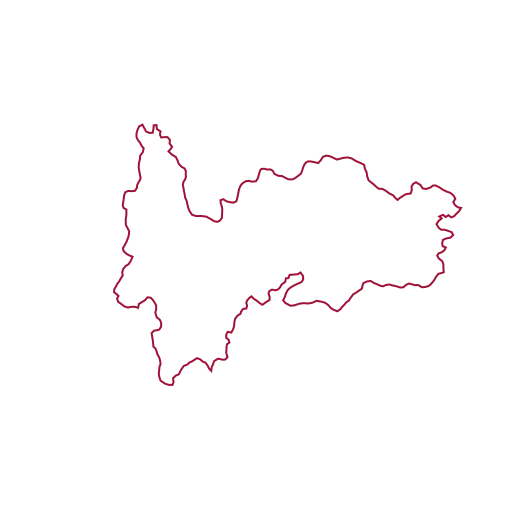 Monjolos, Minas Gerais, Brazil, rotated 122°
{"feature_id": "56859067B56933655704963", "entity_name": "Monjolos", "entity_type": "district", "adm_level": 2, "iso_a3": "BRA", "parent_name": "Brazil", "parent_adm1": "Minas Gerais", "projection": "robinson", "projection_center": [-44.02, -18.393], "detail": "fine", "context": "isolated", "style": "outline", "palette": "rose", "viewbox_px": 512, "rotation_deg": 122, "n_neighbors": 0, "source": "geoboundaries", "source_scale": "gbopen_adm2", "svg_char_len": 5176}
<svg xmlns="http://www.w3.org/2000/svg" viewBox="0 0 512 512"><g transform="rotate(122 256 256)"><path d="M101.8,117.3L100.0,120.7L99.5,124.7L100.3,128.3L100.8,132.6L100.6,136.7L101.0,141.1L102.5,143.3L105.4,144.3L108.9,147.1L110.4,150.5L108.6,154.2L108.7,159.4L111.7,161.0L114.7,160.9L117.6,158.8L121.1,157.9L123.0,160.5L124.9,162.1L128.1,163.6L131.0,165.0L133.4,165.6L133.0,168.4L131.9,171.7L132.3,176.2L131.9,180.6L132.1,184.4L133.9,187.5L133.5,191.2L132.9,194.0L132.6,197.1L132.1,200.7L129.7,203.7L126.3,206.7L124.3,209.9L121.4,212.6L121.7,216.3L122.5,221.6L122.6,227.0L123.8,230.4L126.2,233.6L128.8,236.1L131.3,238.4L131.9,243.7L132.4,246.7L133.6,249.5L136.4,251.8L140.5,251.8L144.2,252.5L145.5,256.2L146.5,259.0L147.9,261.7L149.9,263.1L152.7,263.4L155.4,263.1L158.8,262.2L162.2,261.5L166.2,262.9L169.4,264.2L171.8,265.8L173.8,269.2L174.2,273.4L174.4,276.3L176.1,279.4L176.6,283.8L174.8,287.0L175.0,289.9L176.6,292.0L177.6,295.1L179.3,297.6L181.8,297.8L184.2,297.0L186.8,296.3L189.1,295.6L192.7,295.7L195.0,298.6L195.9,301.6L197.8,304.1L200.8,305.7L203.2,306.3L205.7,306.3L208.8,305.6L211.9,304.4L214.6,303.4L217.0,302.5L220.1,301.7L222.6,303.3L223.9,306.0L225.2,309.7L225.2,313.9L227.5,315.7L229.9,313.9L232.4,310.9L234.6,309.1L237.7,307.4L241.8,305.1L245.4,305.4L247.5,306.9L248.6,309.6L248.7,314.3L248.9,318.9L251.0,323.5L253.9,328.0L254.9,332.2L253.1,336.2L251.2,338.8L248.9,341.2L246.2,343.8L244.0,347.0L241.4,349.3L239.1,351.5L236.8,353.5L234.4,355.8L231.5,356.8L228.8,356.7L226.0,357.3L223.7,359.1L221.2,360.4L219.6,363.0L219.8,366.5L218.9,370.2L216.6,373.1L214.5,376.5L214.6,381.1L213.6,385.7L210.7,385.1L207.8,385.1L206.4,388.9L203.2,390.5L202.1,394.0L203.7,396.6L205.7,399.2L203.9,401.9L200.9,403.0L200.8,407.4L197.7,409.8L199.4,412.0L202.6,410.3L206.2,408.9L208.1,411.6L208.7,415.1L206.8,418.5L204.8,421.9L207.9,423.8L211.9,423.3L215.4,422.3L218.4,420.4L220.3,417.6L221.4,414.3L223.2,411.4L224.2,408.3L228.1,407.0L232.3,407.4L235.4,405.7L239.1,404.6L242.8,402.6L245.1,400.7L247.7,398.3L250.7,395.4L253.1,394.6L255.8,394.7L258.7,394.4L261.3,393.1L264.9,393.2L267.1,396.1L268.5,398.8L271.1,400.6L274.7,399.9L278.0,398.3L281.0,397.0L283.4,396.0L285.4,393.9L285.3,390.5L287.8,389.0L290.6,387.3L293.2,386.3L296.2,384.5L298.8,382.6L300.2,380.1L302.2,376.7L305.0,375.2L307.6,374.3L310.2,373.8L313.0,373.3L316.6,373.1L319.9,373.0L322.0,370.9L322.8,366.8L322.6,363.4L322.0,360.3L325.1,359.8L328.1,359.6L330.7,359.8L333.7,361.3L337.4,361.7L340.8,360.8L343.2,358.6L346.3,358.8L349.9,358.6L353.4,358.9L356.0,358.6L359.3,358.6L362.0,357.1L362.1,354.2L362.8,351.4L365.7,351.3L367.9,348.6L368.1,344.8L368.5,341.1L367.6,337.3L365.4,335.1L363.4,332.0L362.4,328.5L358.8,329.9L355.3,328.2L352.4,326.7L348.5,326.1L347.2,323.3L347.8,320.5L348.9,318.0L350.7,314.6L354.1,312.4L357.2,311.5L360.6,307.7L361.0,303.9L362.6,301.3L366.2,299.0L369.7,299.1L371.7,301.0L373.4,302.9L376.7,303.7L379.9,300.9L382.1,298.9L384.5,297.0L387.2,295.0L387.7,292.3L389.6,289.7L391.7,287.4L393.1,284.6L395.5,281.9L398.2,279.7L401.2,279.1L404.4,277.5L407.6,275.9L409.8,273.9L412.3,270.9L412.5,265.7L411.6,262.0L409.6,258.5L406.6,259.1L403.7,261.6L399.8,260.6L397.2,258.7L393.9,259.1L390.7,259.2L387.5,259.0L384.1,256.5L381.7,256.1L379.6,254.6L376.5,253.1L373.9,251.9L373.2,248.7L373.8,245.1L373.2,242.2L374.6,238.9L376.4,236.0L377.1,233.1L373.7,234.7L370.8,235.0L367.2,235.8L363.1,233.7L361.6,229.3L360.1,227.2L356.9,226.6L353.8,230.0L351.1,231.4L349.0,232.7L346.3,233.8L343.5,232.7L341.5,234.9L341.2,237.9L338.2,239.6L335.4,239.8L334.0,236.4L330.1,236.6L326.9,237.5L324.1,239.0L320.6,240.4L316.3,240.1L313.3,238.5L311.0,239.2L307.7,238.9L305.7,236.4L302.9,237.2L300.8,239.5L298.1,239.9L294.9,239.4L292.6,238.4L293.4,235.8L293.5,231.8L294.0,228.0L294.0,224.7L290.4,223.3L286.1,221.2L283.0,223.1L281.2,225.5L278.8,226.1L276.0,224.6L274.7,221.2L272.5,219.5L269.8,219.0L266.4,219.1L262.4,217.5L259.1,218.8L257.6,216.8L254.2,217.5L251.6,214.0L249.4,211.0L246.4,209.5L248.1,205.5L250.8,203.6L253.2,203.5L255.4,204.5L258.0,206.4L261.6,208.6L264.9,210.2L267.7,211.0L271.8,210.8L275.1,209.9L279.2,209.5L280.3,206.2L279.9,200.3L277.3,197.1L273.5,194.0L270.8,190.7L268.6,186.5L265.5,183.2L262.0,181.0L260.2,176.7L259.0,172.4L259.4,168.3L260.5,165.2L260.5,161.8L259.8,157.7L256.0,156.1L253.4,156.0L250.8,155.3L247.7,155.0L244.7,153.6L241.0,153.6L236.8,153.2L234.1,151.7L231.0,150.4L227.6,148.9L224.9,149.9L221.9,150.5L218.7,148.3L216.4,145.5L216.4,141.6L215.7,137.8L215.4,134.8L214.3,132.1L211.9,130.6L209.6,128.0L208.6,124.6L207.2,120.7L206.3,117.0L204.4,114.4L201.0,113.5L198.2,111.6L197.3,108.3L196.4,105.6L194.6,102.9L194.6,98.7L192.4,95.9L190.5,94.1L188.3,93.0L184.9,92.4L181.8,92.1L178.3,92.3L174.4,91.9L172.6,90.0L170.2,88.2L166.8,90.8L163.8,92.6L161.7,95.3L161.2,99.7L159.7,102.5L157.1,102.6L154.1,100.3L151.2,99.3L148.2,99.5L148.7,102.8L146.7,104.8L143.3,106.0L140.3,104.0L137.4,100.8L133.7,99.9L132.1,102.8L132.9,106.3L133.6,109.6L135.6,113.0L135.2,116.2L133.3,119.8L129.7,119.8L125.8,118.5L125.4,121.5L122.0,119.2L122.4,115.8L119.4,114.4L119.8,111.0L117.2,109.0L113.7,108.4L110.5,107.5L106.6,107.6L107.7,110.5L107.4,114.3L105.6,117.3L101.8,117.3Z" fill="none" stroke="#9f1239" stroke-width="2"/></g></svg>